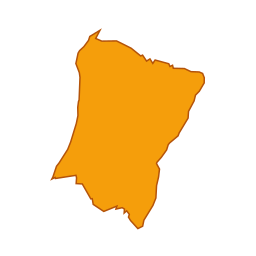 Georgetown, South Carolina, United States of America (Natural Earth projection), rotated 171°
{"feature_id": "52423323B59284003127327", "entity_name": "Georgetown", "entity_type": "district", "adm_level": 2, "iso_a3": "USA", "parent_name": "United States of America", "parent_adm1": "South Carolina", "projection": "natural_earth1", "projection_center": [-79.335, 33.445], "detail": "fine", "context": "isolated", "style": "filled", "palette": "amber", "viewbox_px": 256, "rotation_deg": 171, "n_neighbors": 0, "source": "geoboundaries", "source_scale": "gbopen_adm2", "svg_char_len": 1086}
<svg xmlns="http://www.w3.org/2000/svg" viewBox="0 0 256 256"><g transform="rotate(171 128 128)"><path d="M140.4,228.9L151.4,224.4L153.3,220.7L158.9,215.2L163.7,212.0L165.6,209.7L169.4,199.8L167.4,190.3L167.5,185.5L171.9,163.4L172.8,161.8L174.4,156.3L175.5,148.1L178.4,140.4L186.8,123.2L190.9,116.3L201.5,104.3L204.6,101.4L209.8,91.4L211.2,89.5L207.7,90.6L207.6,89.5L186.8,89.4L186.6,86.8L187.9,81.2L181.9,79.9L175.8,63.8L174.4,63.8L174.3,58.0L165.0,49.4L151.2,52.6L152.6,49.8L146.2,50.2L144.2,48.5L145.1,44.6L142.3,46.4L140.2,42.5L141.5,39.9L139.9,36.1L134.0,27.1L128.9,28.7L126.7,34.5L115.5,47.6L111.4,54.5L108.8,66.7L105.5,74.8L103.3,82.5L105.4,88.3L104.9,89.5L99.6,93.9L93.3,100.3L90.9,105.2L89.3,106.7L79.8,112.4L78.2,115.2L67.1,128.4L65.6,135.0L58.5,144.4L56.2,149.9L51.8,153.2L45.7,160.6L44.8,165.7L45.8,170.2L48.9,172.2L57.0,173.8L63.0,177.9L73.9,179.9L74.2,183.0L76.9,182.2L77.7,185.1L90.6,190.9L93.4,187.9L95.5,192.8L99.2,191.2L102.2,197.7L104.2,197.2L112.4,206.3L125.7,215.8L140.3,217.9L145.9,221.5L140.4,228.9Z" fill="#f59e0b" stroke="#b45309" stroke-width="1.5"/></g></svg>